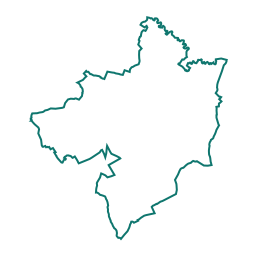 outline of Sambata, Bihor, Romania, rotated 181°
{"feature_id": "2599482B53181341706292", "entity_name": "Sambata", "entity_type": "district", "adm_level": 2, "iso_a3": "ROU", "parent_name": "Romania", "parent_adm1": "Bihor", "projection": "mercator", "projection_center": [22.198, 46.801], "detail": "fine", "context": "isolated", "style": "outline", "palette": "teal", "viewbox_px": 256, "rotation_deg": 181, "n_neighbors": 0, "source": "geoboundaries", "source_scale": "gbopen_adm2", "svg_char_len": 5786}
<svg xmlns="http://www.w3.org/2000/svg" viewBox="0 0 256 256"><g transform="rotate(181 128 128)"><path d="M171.8,177.7L173.9,175.3L179.4,172.5L178.0,171.8L176.3,169.8L176.1,168.5L175.3,168.0L174.4,166.7L174.1,166.0L173.8,163.8L174.3,162.6L174.0,162.5L174.0,162.0L174.3,161.2L174.6,159.1L177.5,155.5L180.4,156.6L181.4,156.6L182.3,156.1L185.7,156.3L188.5,155.5L191.3,151.8L192.5,147.6L194.2,147.0L200.8,146.0L205.6,146.2L208.7,144.7L211.2,144.1L212.8,142.8L213.8,142.4L216.8,141.9L219.1,141.2L224.0,140.9L224.7,139.2L224.9,137.7L224.6,137.1L224.9,136.0L225.4,135.9L225.5,135.3L225.3,135.0L224.4,134.3L224.4,134.0L225.0,133.5L224.2,133.4L223.5,132.3L221.4,130.1L217.6,126.9L216.9,125.2L217.6,121.0L214.7,114.8L213.9,109.1L213.1,107.8L212.1,107.8L211.5,108.2L210.4,108.6L209.6,107.3L208.1,107.7L207.5,107.3L206.5,107.7L205.1,105.4L202.7,106.6L200.0,102.6L201.3,102.2L199.9,99.9L199.0,98.7L199.1,98.4L197.7,96.4L194.0,92.4L193.0,92.2L192.8,92.3L191.7,94.8L191.3,95.1L190.8,95.3L190.1,95.2L189.8,95.5L189.7,96.1L191.4,97.0L190.7,98.1L189.6,98.6L188.8,99.4L187.3,99.6L186.3,99.2L185.9,99.3L184.7,98.9L183.3,97.5L182.8,97.2L180.7,98.6L179.1,96.2L177.7,93.9L177.3,92.9L176.6,91.8L165.8,96.4L163.6,97.8L155.9,103.1L154.6,105.2L153.5,105.7L151.5,101.8L150.2,98.3L149.3,102.3L148.8,108.4L148.6,109.8L145.3,103.7L144.1,101.9L138.9,99.7L135.8,98.1L135.2,97.4L146.7,90.6L146.2,89.7L140.7,80.8L143.8,79.5L147.7,78.3L149.7,80.2L151.8,81.2L154.0,82.1L154.3,81.1L155.1,78.0L157.9,73.1L158.2,72.3L157.9,69.9L158.4,68.2L158.7,66.4L158.9,62.9L158.0,63.0L156.4,62.2L154.6,60.6L153.7,60.5L151.4,59.8L149.7,59.1L149.3,58.3L148.5,56.2L148.0,55.6L147.2,53.5L146.5,50.1L147.1,48.6L146.6,46.4L146.6,44.0L145.8,41.9L145.6,41.1L145.6,39.7L145.3,38.6L145.0,38.2L144.5,36.8L143.7,35.0L143.6,34.0L142.1,31.7L141.3,29.7L140.5,28.5L140.0,27.5L139.1,27.0L138.0,25.7L137.6,24.9L137.2,22.7L137.5,20.4L137.3,19.6L135.8,18.0L135.2,18.2L133.9,17.9L133.1,17.0L129.9,21.1L126.7,24.8L125.1,28.2L124.6,29.8L124.2,31.6L123.5,32.8L123.1,34.4L122.0,34.5L121.3,34.2L120.4,33.4L116.3,35.4L116.7,36.2L115.7,36.6L113.3,38.6L110.3,40.6L108.4,41.2L99.9,43.2L102.9,49.5L101.8,50.7L100.4,51.3L98.3,52.6L98.0,52.4L97.5,52.6L94.3,54.9L92.3,55.6L90.4,56.6L78.9,62.8L78.1,66.9L78.5,71.7L78.7,73.1L80.1,76.9L77.2,82.3L75.7,86.1L74.8,87.8L74.2,88.4L72.7,89.1L72.2,89.1L71.8,89.3L69.3,91.8L67.8,93.0L67.0,93.5L64.5,94.3L63.8,95.1L62.3,96.2L60.3,95.6L59.0,95.7L58.5,96.0L51.5,91.8L47.5,91.7L43.8,92.4L44.8,95.9L45.2,99.1L45.5,100.6L46.4,102.7L46.6,104.6L46.7,106.2L46.7,107.1L46.5,109.2L46.1,111.7L46.4,112.3L46.4,113.3L46.0,115.0L45.6,115.8L45.1,116.6L44.9,117.5L42.9,119.0L42.5,119.6L42.2,120.9L41.0,123.3L40.3,125.1L39.5,127.7L37.0,132.3L37.5,132.9L39.7,139.8L39.8,142.5L39.4,142.8L39.8,147.2L39.7,148.9L40.0,150.7L37.5,151.2L37.5,154.1L36.3,154.9L35.0,156.2L37.3,158.4L35.9,159.8L35.4,160.5L36.6,161.0L37.6,161.1L40.9,164.4L39.4,166.9L39.2,167.7L39.4,169.1L39.7,170.1L39.6,171.0L39.5,172.9L39.0,175.1L35.1,186.4L33.3,192.4L31.5,194.3L30.7,196.2L30.7,197.1L30.5,197.8L36.0,199.1L41.4,198.2L41.4,197.4L41.0,196.5L41.0,195.9L41.3,195.0L41.3,193.8L42.0,193.2L42.7,193.4L43.1,193.7L43.8,194.5L43.8,195.0L45.6,193.6L46.3,194.4L46.9,194.3L46.9,193.9L47.4,193.2L48.2,193.4L48.8,194.5L49.7,195.4L50.3,195.2L51.4,194.3L51.7,193.6L52.3,193.7L52.5,194.0L52.7,194.9L53.0,195.3L53.5,195.1L54.1,194.0L54.6,193.9L55.1,194.3L55.4,195.1L55.4,195.7L55.7,196.6L55.5,197.6L56.0,197.9L57.0,197.2L59.0,197.4L59.3,197.0L59.3,196.6L59.4,195.8L60.5,194.8L60.5,194.3L60.7,194.0L61.2,194.0L62.5,194.4L63.6,195.9L64.0,196.0L64.8,194.6L64.8,193.9L65.2,193.3L65.7,193.2L66.0,193.3L66.4,193.7L66.6,194.4L67.2,194.5L68.0,194.2L68.5,193.5L68.9,193.5L69.2,193.7L70.2,191.4L69.3,190.6L67.0,189.1L68.1,187.5L68.1,186.6L69.0,186.0L69.9,185.8L70.3,185.9L70.5,186.1L70.6,186.7L71.4,186.3L71.9,186.6L72.1,187.5L74.7,190.3L78.3,192.3L78.8,192.8L78.5,193.4L77.3,193.7L74.9,197.5L73.5,197.3L72.0,198.9L70.3,200.0L70.8,201.1L70.9,205.1L70.3,206.6L68.9,207.7L68.6,208.3L68.6,208.8L69.1,209.3L69.5,209.5L70.2,209.4L70.9,208.9L72.3,208.4L73.5,208.9L73.8,209.3L73.9,209.5L73.3,210.3L71.7,211.3L71.4,211.6L71.6,212.3L72.1,213.0L72.7,213.1L74.0,212.5L74.5,212.7L73.8,214.7L73.6,215.9L73.7,216.4L74.1,216.6L75.7,216.7L77.4,215.6L77.8,215.7L78.0,216.3L78.4,217.0L79.7,216.6L80.0,216.9L79.4,217.6L79.4,218.5L79.6,218.9L82.7,219.1L84.1,220.9L85.5,221.8L85.9,222.9L85.3,224.6L85.7,225.3L86.0,225.4L86.9,225.2L88.1,224.6L90.8,222.0L91.7,222.5L92.0,222.9L91.2,223.7L90.4,225.2L90.4,225.7L90.8,225.9L91.6,225.1L92.2,225.7L92.8,226.5L93.1,227.5L93.0,228.5L93.1,229.4L94.4,230.7L95.2,230.4L95.5,229.3L95.7,229.0L96.1,229.3L96.9,229.0L98.5,229.3L98.9,229.6L99.0,230.3L98.8,230.7L97.4,231.0L97.0,231.5L96.6,232.4L96.7,233.6L97.0,234.1L97.4,234.2L99.1,233.5L100.3,233.4L100.6,233.9L100.7,234.7L99.8,235.8L99.7,236.2L100.4,237.1L100.6,237.7L101.4,238.1L102.9,238.1L103.1,237.8L103.0,237.2L103.3,236.3L103.7,236.0L104.1,236.2L104.9,236.7L105.3,237.4L105.4,237.7L106.6,238.2L107.2,237.9L108.3,238.5L110.7,239.0L110.7,237.0L111.0,236.2L112.5,234.9L113.0,234.6L114.1,234.5L115.4,233.9L116.3,233.3L117.3,231.4L113.2,228.9L111.2,230.4L110.4,228.9L111.6,226.3L112.2,225.4L114.0,226.1L114.5,225.9L115.9,224.3L116.2,223.5L116.6,221.3L116.7,220.2L117.1,219.6L117.7,219.4L118.8,216.2L118.0,215.3L119.2,211.6L115.8,207.7L118.1,205.2L118.2,201.4L118.0,198.0L117.6,195.4L117.7,194.4L118.5,191.9L122.2,190.5L124.0,189.3L125.4,188.8L127.0,186.7L127.3,184.1L132.4,185.7L134.1,181.0L136.6,181.4L138.0,181.9L141.3,182.4L142.7,183.0L144.8,183.2L149.6,184.0L152.5,176.6L153.6,177.0L153.9,176.9L154.5,177.1L156.3,178.0L156.3,178.5L157.8,179.3L161.3,179.9L163.3,179.9L164.8,180.7L165.7,181.2L166.7,181.2L168.6,183.5L170.1,183.4L170.8,184.3L173.1,181.7L170.5,178.9L171.8,177.7Z" fill="none" stroke="#0f766e" stroke-width="2"/></g></svg>